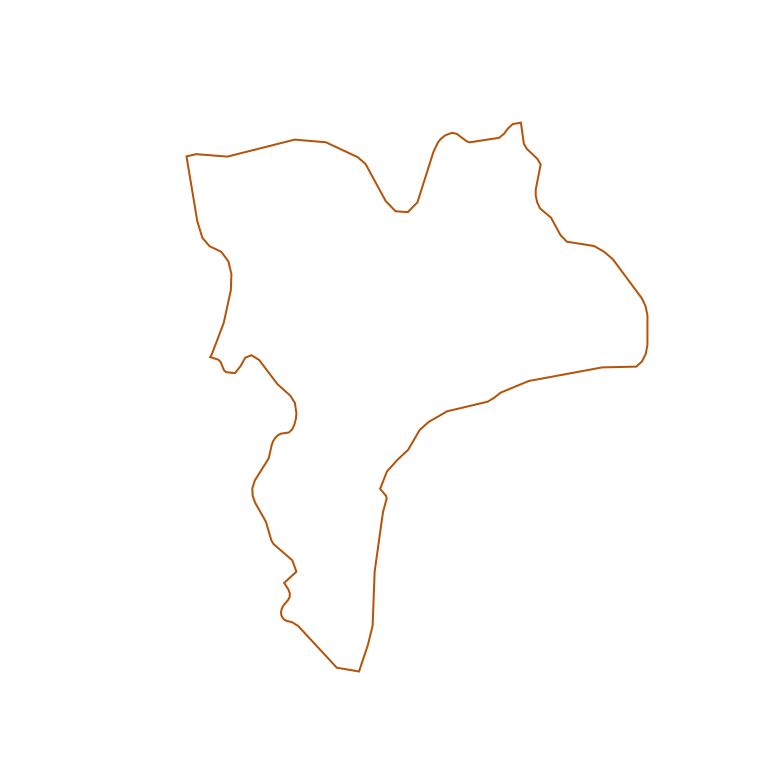 map outline of Catanzaro (Mercator projection), rotated 14°
{"feature_id": "ITA-5393", "entity_name": "Catanzaro", "entity_type": "Province", "adm_level": 1, "iso_a3": "ITA", "parent_name": "Italy", "parent_adm1": "", "projection": "mercator", "projection_center": [16.48, 38.83], "detail": "fine", "context": "isolated", "style": "outline", "palette": "amber", "viewbox_px": 768, "rotation_deg": 14, "n_neighbors": 0, "source": "natural_earth", "source_scale": "10m", "svg_char_len": 1640}
<svg xmlns="http://www.w3.org/2000/svg" viewBox="0 0 768 768"><g transform="rotate(14 384 384)"><path d="M624.6,306.1L591.7,315.1L523.8,346.0L499.3,364.1L494.2,370.7L488.8,376.1L452.0,395.1L436.7,409.8L429.8,419.8L423.3,442.1L415.5,454.1L408.0,468.3L405.6,486.7L413.0,492.0L414.3,494.5L414.0,508.6L420.3,568.2L431.4,621.1L431.5,641.2L429.3,669.0L406.8,670.7L359.3,639.6L352.6,637.4L346.5,637.3L344.5,636.9L342.0,635.3L340.2,633.0L339.2,630.0L339.2,626.4L340.1,623.0L343.2,616.7L344.0,613.3L343.1,609.7L340.7,606.2L335.2,601.2L344.4,587.3L337.7,577.3L315.5,566.0L312.4,562.8L302.8,546.3L287.8,530.5L283.7,524.4L281.5,517.4L282.0,508.8L290.1,484.1L289.8,470.5L290.2,466.5L291.4,462.8L293.4,459.5L295.8,457.2L303.4,454.1L305.9,450.2L306.9,444.7L306.9,438.8L306.1,433.6L302.1,423.9L295.9,418.0L280.6,409.9L257.2,391.0L248.5,388.1L243.0,392.0L240.5,401.3L236.8,409.5L227.8,410.7L225.2,409.1L220.1,402.1L217.4,400.5L208.8,399.9L209.7,396.9L213.7,363.6L212.7,330.1L209.4,314.4L203.3,302.6L194.1,295.1L181.4,292.5L172.4,286.1L163.5,271.3L137.3,210.9L146.2,206.4L176.9,201.3L238.2,168.5L269.0,163.5L303.7,170.3L312.9,175.0L341.4,206.1L353.4,213.6L365.5,211.5L372.5,199.6L375.8,147.1L377.9,136.5L380.0,132.1L383.3,127.9L389.2,123.8L394.2,123.7L405.2,128.4L408.4,128.9L436.1,117.3L439.9,112.2L442.4,106.2L446.0,100.7L453.6,97.3L461.6,117.1L465.6,121.2L478.1,128.3L482.9,133.0L484.2,158.7L485.6,164.5L488.7,170.7L492.8,175.8L505.8,182.2L519.2,196.8L527.1,201.7L554.4,199.3L565.5,202.4L575.9,207.6L613.7,238.7L619.0,245.3L623.0,253.6L630.1,282.2L630.7,291.3L628.9,299.6L624.6,306.1L624.6,306.1Z" fill="none" stroke="#b45309" stroke-width="2"/></g></svg>